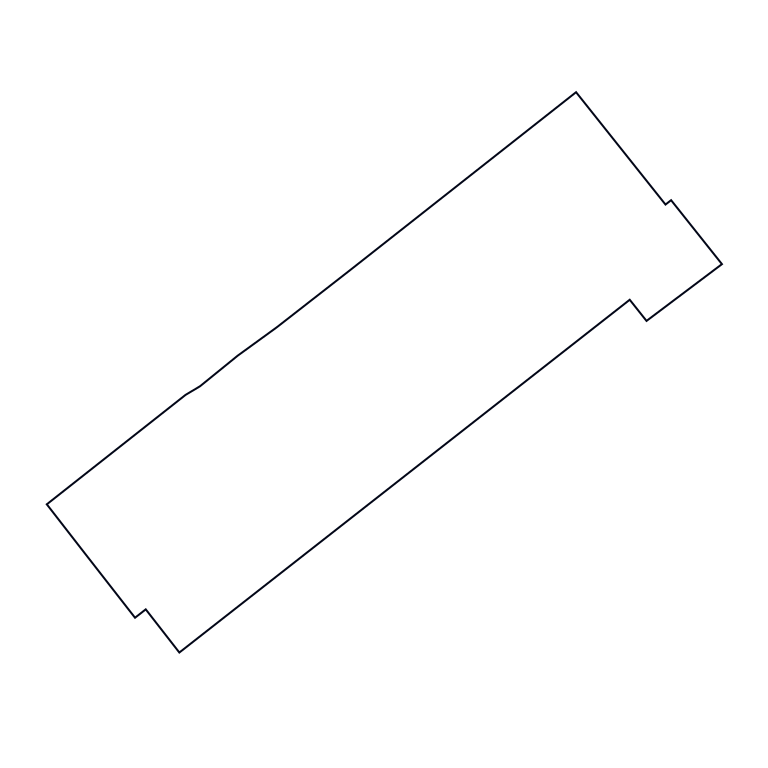 Pennington, Minnesota, United States of America, rotated 322°
{"feature_id": "52423323B40299711092463", "entity_name": "Pennington", "entity_type": "district", "adm_level": 2, "iso_a3": "USA", "parent_name": "United States of America", "parent_adm1": "Minnesota", "projection": "natural_earth1", "projection_center": [-96.089, 48.054], "detail": "fine", "context": "isolated", "style": "outline", "palette": "ink", "viewbox_px": 768, "rotation_deg": 322, "n_neighbors": 0, "source": "geoboundaries", "source_scale": "gbopen_adm2", "svg_char_len": 364}
<svg xmlns="http://www.w3.org/2000/svg" viewBox="0 0 768 768"><g transform="rotate(322 384 384)"><path d="M44.2,271.2L44.0,332.8L43.9,414.9L57.5,414.9L57.4,469.6L629.5,468.9L629.7,495.9L724.1,497.6L723.4,415.9L716.3,415.9L715.0,272.3L428.1,273.4L334.4,273.3L286.2,271.6L237.7,272.5L220.9,270.4L44.2,271.2Z" fill="none" stroke="#020617" stroke-width="2"/></g></svg>